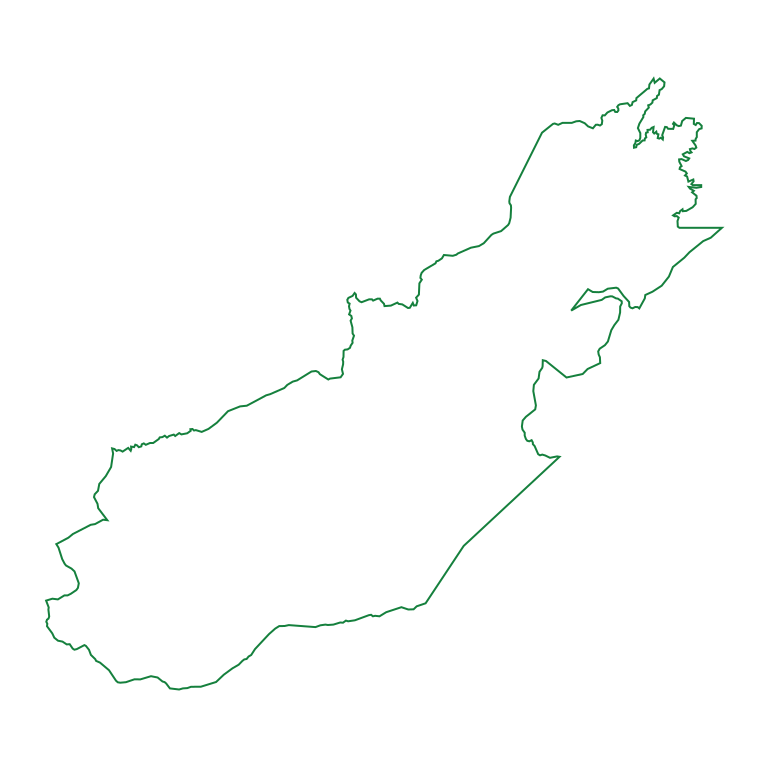 Campo Verde, Mato Grosso, Brazil (Mercator projection), rotated 180°
{"feature_id": "56859067B82870953347176", "entity_name": "Campo Verde", "entity_type": "district", "adm_level": 2, "iso_a3": "BRA", "parent_name": "Brazil", "parent_adm1": "Mato Grosso", "projection": "mercator", "projection_center": [-55.112, -15.474], "detail": "fine", "context": "isolated", "style": "outline", "palette": "green", "viewbox_px": 768, "rotation_deg": 180, "n_neighbors": 0, "source": "geoboundaries", "source_scale": "gbopen_adm2", "svg_char_len": 6060}
<svg xmlns="http://www.w3.org/2000/svg" viewBox="0 0 768 768"><g transform="rotate(180 384 384)"><path d="M566.3,336.1L572.2,337.9L574.0,337.5L575.5,339.0L577.6,338.8L577.3,337.2L580.8,334.7L586.6,333.6L588.8,334.9L592.8,332.0L594.2,333.4L598.9,332.0L601.0,330.4L603.2,332.3L605.6,330.9L608.3,330.6L609.2,329.0L614.8,325.0L618.0,325.0L622.2,323.2L624.2,324.6L626.2,323.7L626.7,321.6L629.2,320.8L631.0,322.7L632.7,323.3L633.9,320.9L636.9,321.4L636.7,319.0L637.3,317.2L639.8,320.1L645.4,316.4L647.6,317.6L649.7,317.9L651.4,317.1L653.5,319.0L655.9,319.6L654.9,314.5L656.9,301.0L662.2,291.9L668.7,284.1L670.0,277.2L673.3,273.7L674.0,270.9L670.5,264.2L669.8,259.8L660.7,247.8L664.9,248.3L673.0,243.9L677.3,243.2L695.1,234.0L699.6,230.3L711.7,223.9L709.5,220.4L705.8,208.9L703.4,204.3L702.0,202.5L696.5,199.4L693.5,196.6L689.2,184.7L690.1,180.1L691.6,178.0L697.2,174.2L700.4,172.6L703.6,172.6L710.1,168.6L715.6,169.3L721.9,167.4L719.3,160.6L719.6,158.4L718.8,151.5L719.5,149.4L721.0,148.3L721.7,146.2L720.7,144.3L721.0,141.8L715.7,134.6L713.7,130.3L710.0,127.3L705.5,126.4L701.3,123.6L698.3,123.8L695.3,119.4L693.6,118.3L691.2,118.9L683.6,122.9L682.1,122.1L679.0,118.2L677.1,113.1L672.7,108.8L671.9,107.1L668.0,105.4L659.0,97.8L652.0,87.3L650.2,85.7L647.7,85.3L642.1,85.8L633.5,88.7L627.7,88.6L617.0,91.8L610.4,90.5L605.5,86.5L603.4,85.9L601.8,84.5L598.1,79.6L588.9,78.5L585.1,79.6L580.7,79.9L577.0,81.2L567.1,81.3L551.9,86.0L544.2,93.3L535.5,99.7L529.3,103.3L525.6,107.1L523.7,108.6L521.4,109.0L519.4,111.5L516.8,113.0L513.0,118.9L499.0,133.9L492.8,139.4L488.8,141.9L483.4,142.0L479.2,142.9L452.5,140.9L447.6,142.7L442.6,143.4L440.1,143.0L434.6,143.4L427.8,145.5L425.0,145.3L422.1,147.4L419.9,146.7L413.1,147.7L399.2,152.8L396.9,153.2L395.1,151.7L392.9,152.2L388.5,151.7L381.8,155.8L366.6,160.8L359.7,158.5L354.4,158.7L351.3,161.7L342.4,164.7L304.3,222.1L208.5,311.2L210.9,311.6L218.0,310.2L222.7,312.5L225.7,313.4L228.0,312.7L229.8,313.8L233.4,322.0L235.1,323.8L235.2,325.6L236.4,327.8L238.7,326.7L240.7,327.2L242.1,329.0L243.3,332.4L243.3,335.3L245.5,338.4L246.1,341.5L245.3,347.5L242.1,351.2L232.8,358.6L232.1,362.6L234.7,376.9L234.1,383.2L229.4,389.5L228.5,396.2L225.8,400.1L225.4,401.7L225.2,407.8L222.0,407.0L201.5,390.5L185.3,394.0L180.4,399.0L167.8,404.9L168.1,410.8L169.3,413.4L169.8,416.6L168.3,419.3L163.1,422.8L160.1,426.5L156.7,437.8L153.6,443.0L149.6,448.2L147.9,455.5L147.8,461.5L146.2,464.7L146.3,466.7L150.2,469.4L151.9,469.6L155.7,471.6L157.6,471.7L162.8,470.6L166.3,468.1L187.1,463.0L196.8,457.4L180.0,478.8L175.3,476.0L169.1,475.8L165.0,476.4L160.2,479.3L151.8,480.3L149.9,479.5L144.4,472.0L138.9,466.0L138.7,461.8L137.5,460.4L135.5,459.7L132.8,461.0L130.3,460.9L128.7,459.6L123.2,469.6L122.7,473.0L115.5,476.3L106.3,482.3L99.1,491.4L95.1,501.0L83.7,510.3L78.5,515.8L67.0,525.1L64.8,526.9L57.2,530.3L46.1,540.2L88.6,540.2L90.2,541.4L90.5,547.0L89.3,550.4L91.2,551.9L93.4,551.7L94.9,552.6L91.2,555.2L88.8,554.7L87.9,556.9L85.5,558.7L85.2,556.8L81.7,557.1L75.3,560.8L72.3,564.1L72.4,568.7L71.3,569.9L71.5,572.2L75.9,575.7L74.2,577.2L78.0,579.4L79.3,581.1L71.7,580.2L66.8,581.0L66.8,582.9L75.3,582.9L76.6,583.9L74.4,586.7L74.7,588.5L79.6,586.4L80.9,591.5L83.0,592.5L81.2,594.6L82.5,596.4L88.4,599.0L88.0,600.7L86.4,601.9L88.7,606.3L88.9,608.6L86.4,608.9L82.1,607.0L79.9,608.0L78.8,609.6L84.0,611.7L85.2,613.7L80.7,616.1L78.6,614.8L76.5,615.6L77.7,617.1L78.1,618.9L75.5,619.6L73.6,619.0L71.7,620.4L72.4,622.5L75.7,627.2L72.5,627.4L72.3,629.2L71.2,630.9L71.2,635.8L68.8,638.9L66.4,639.6L66.3,642.2L69.0,644.9L71.0,645.0L72.3,643.0L74.2,644.1L74.0,649.3L82.1,650.1L85.8,647.0L87.1,642.4L89.2,641.9L91.2,642.7L94.1,645.5L95.0,644.1L93.7,642.7L94.8,639.1L99.9,639.2L101.2,640.9L102.9,641.1L105.8,632.8L104.9,630.6L105.2,628.5L107.1,630.3L108.8,629.4L110.3,629.9L109.6,633.7L111.3,634.3L111.7,636.3L113.8,634.5L115.0,635.8L114.4,641.0L116.3,640.2L117.9,638.3L120.5,638.1L120.3,635.7L121.9,635.3L122.3,633.5L121.7,630.6L123.1,629.6L123.4,627.6L125.4,627.5L128.8,624.2L131.3,623.1L131.8,620.8L134.0,620.3L134.1,622.7L132.6,625.0L132.2,627.5L130.4,626.9L128.6,627.7L127.7,630.1L127.7,634.9L130.1,639.9L128.6,644.4L124.6,651.0L124.8,652.7L123.3,654.1L122.8,656.6L119.2,660.4L119.8,662.7L117.6,663.5L115.6,665.4L115.3,667.7L111.2,669.9L110.9,672.1L109.1,673.3L108.4,677.9L106.3,678.9L103.9,681.7L103.5,685.6L108.2,689.5L113.3,685.2L114.4,689.4L118.6,683.5L119.0,679.6L120.6,679.2L131.6,669.9L131.8,667.6L135.4,665.9L136.1,663.1L138.1,662.1L140.4,664.8L148.0,663.7L149.6,662.8L150.8,661.1L149.7,659.5L149.6,657.5L150.8,656.0L152.8,656.1L153.8,658.0L156.0,657.8L160.6,655.5L163.2,652.6L165.4,652.7L166.6,650.1L165.7,647.3L166.2,643.8L168.0,642.5L170.3,643.3L172.2,643.2L175.1,639.7L179.9,641.6L183.3,644.8L188.3,647.0L191.8,646.7L196.3,645.1L205.6,645.1L209.8,643.2L213.3,644.5L215.0,644.1L226.0,635.3L258.1,571.1L258.7,566.6L258.5,564.8L257.1,562.7L256.9,560.3L257.4,550.3L258.8,544.8L259.9,543.0L266.9,536.9L274.6,534.4L276.6,533.1L284.2,524.8L289.1,521.9L297.1,520.3L310.2,514.5L311.6,513.3L315.2,512.2L324.1,513.0L326.1,509.6L329.7,507.2L331.6,506.7L332.5,504.7L343.8,498.0L346.4,495.1L347.3,492.5L347.6,490.1L346.2,488.3L348.6,484.7L349.1,473.4L351.9,470.3L350.5,467.0L351.8,462.7L354.2,462.5L355.2,465.1L358.2,460.2L360.0,460.0L365.7,463.6L369.3,464.1L370.6,465.4L377.1,462.4L383.5,461.9L384.0,464.2L387.3,467.6L388.1,469.3L390.5,469.3L394.9,467.4L396.1,468.7L398.8,468.7L406.4,465.8L408.5,466.7L411.9,470.3L412.1,473.6L413.4,475.0L415.4,472.1L419.6,470.1L420.7,468.2L420.2,465.5L418.4,464.4L419.0,461.7L418.5,459.0L417.5,457.4L418.9,453.6L416.7,452.1L416.1,449.6L417.4,447.3L415.6,440.7L415.4,434.5L414.0,432.3L415.7,427.4L415.4,425.2L417.3,422.4L418.0,420.2L420.4,418.6L423.1,418.3L424.4,417.1L424.5,411.0L425.4,408.3L424.8,406.4L424.9,403.7L426.1,398.7L425.0,394.1L427.4,390.7L438.0,389.4L439.7,388.5L448.1,393.8L449.5,395.8L452.1,397.0L456.5,396.5L470.9,387.6L475.2,386.4L480.6,383.2L483.7,380.0L497.9,373.8L501.8,372.7L521.2,362.3L527.9,361.6L540.0,356.8L551.1,345.3L559.5,339.1L566.3,336.1Z" fill="none" stroke="#15803d" stroke-width="2"/></g></svg>